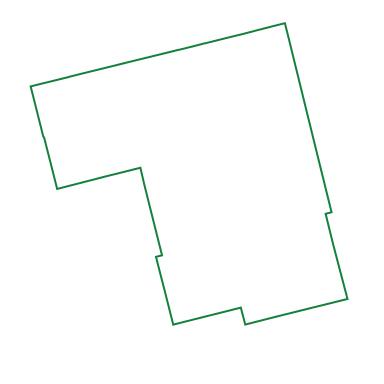 the district of Otero, New Mexico, United States of America, rotated 166°
{"feature_id": "52423323B11196773939758", "entity_name": "Otero", "entity_type": "district", "adm_level": 2, "iso_a3": "USA", "parent_name": "United States of America", "parent_adm1": "New Mexico", "projection": "robinson", "projection_center": [-105.633, 32.696], "detail": "fine", "context": "isolated", "style": "outline", "palette": "green", "viewbox_px": 384, "rotation_deg": 166, "n_neighbors": 0, "source": "geoboundaries", "source_scale": "gbopen_adm2", "svg_char_len": 804}
<svg xmlns="http://www.w3.org/2000/svg" viewBox="0 0 384 384"><g transform="rotate(166 192 192)"><path d="M322.1,227.6L271.2,228.0L236.2,228.0L236.5,210.5L236.4,137.8L242.6,137.8L242.6,129.5L242.4,103.1L242.3,67.8L231.3,67.9L172.6,68.0L172.4,50.5L171.3,50.5L137.6,50.7L67.0,50.6L67.7,106.4L67.7,119.3L67.6,138.5L61.5,138.6L61.3,228.4L61.0,317.0L61.0,328.9L61.0,333.3L69.7,333.3L70.2,333.3L71.9,333.3L90.3,333.2L91.2,333.2L94.4,333.1L104.1,333.0L117.0,333.1L125.9,333.1L142.6,333.1L145.1,333.2L150.6,333.1L168.3,333.1L171.6,333.2L223.4,333.4L223.5,333.4L223.8,333.4L230.1,333.4L270.6,333.5L271.2,333.5L271.5,333.5L274.2,333.5L274.4,333.5L276.7,333.5L283.5,333.5L283.7,333.4L310.9,333.5L323.0,333.5L322.9,282.0L322.3,280.6L322.1,235.0L322.1,227.6Z" fill="none" stroke="#15803d" stroke-width="2"/></g></svg>